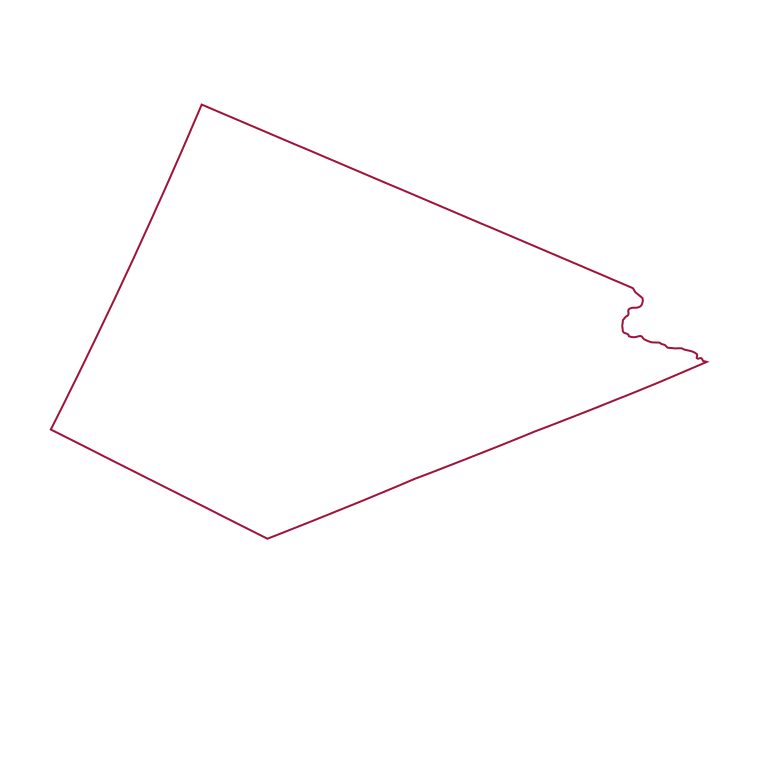 Nevada, Albers equal-area conic projection, rotated 294°
{"feature_id": "USA-3523", "entity_name": "Nevada", "entity_type": "State", "adm_level": 1, "iso_a3": "USA", "parent_name": "United States of America", "parent_adm1": "", "projection": "albers", "projection_center": [-115.554, 38.502], "detail": "fine", "context": "isolated", "style": "outline", "palette": "rose", "viewbox_px": 768, "rotation_deg": 294, "n_neighbors": 0, "source": "natural_earth", "source_scale": "10m", "svg_char_len": 2802}
<svg xmlns="http://www.w3.org/2000/svg" viewBox="0 0 768 768"><g transform="rotate(294 384 384)"><path d="M565.1,103.8L565.3,116.4L565.5,129.0L565.7,141.6L565.9,154.2L566.1,166.9L566.3,179.5L566.5,192.1L566.7,204.7L567.0,217.3L567.2,230.0L567.4,242.6L567.6,255.2L567.8,267.8L568.0,280.5L568.2,293.1L568.4,305.7L568.7,318.3L568.9,331.0L569.1,343.6L569.3,356.2L569.5,368.9L569.7,381.5L569.9,394.1L570.1,406.7L570.4,419.4L570.6,432.0L570.8,444.6L571.0,457.3L571.2,469.9L571.4,482.5L571.6,495.1L571.8,507.8L571.8,508.4L571.9,510.3L571.9,513.3L572.0,517.1L572.0,521.7L572.1,526.7L572.2,532.1L572.3,537.7L572.4,543.3L572.4,548.7L572.5,553.8L572.6,558.3L572.6,562.1L572.7,565.1L572.7,567.0L572.7,567.7L572.8,571.1L572.7,571.9L572.6,572.7L571.3,574.5L570.1,576.2L569.4,578.7L568.6,581.7L567.6,585.2L565.4,586.6L562.2,587.2L560.5,587.1L559.0,586.5L557.7,585.4L556.9,584.4L556.3,583.4L554.8,580.2L554.3,579.4L553.6,578.6L552.9,577.9L552.3,577.5L551.7,577.3L551.3,577.2L550.9,577.3L550.4,577.3L550.0,577.5L549.7,577.6L548.0,578.7L547.6,578.8L547.2,578.9L546.7,578.9L546.2,578.9L545.3,578.6L544.7,578.1L544.1,577.7L543.7,577.5L543.5,577.4L540.0,576.4L539.4,576.3L538.8,576.5L537.8,576.9L534.0,578.0L531.9,579.3L529.8,580.4L529.5,580.6L529.2,580.9L528.8,581.6L528.6,581.9L528.5,582.6L528.5,583.5L528.7,585.4L528.7,586.3L528.4,587.2L527.3,588.3L527.5,590.6L528.1,592.7L529.1,594.6L531.7,597.9L532.1,598.7L532.3,599.6L532.1,600.5L530.9,602.6L530.6,603.8L530.6,608.2L530.8,610.4L531.1,612.1L533.5,617.9L533.9,619.2L533.4,621.0L533.9,624.5L532.5,628.4L533.7,631.6L534.9,635.5L537.0,639.7L537.7,641.6L537.6,643.8L537.8,645.9L538.7,649.7L539.1,652.9L539.1,654.7L538.5,657.9L538.2,658.1L537.4,658.5L536.5,658.7L535.6,658.8L534.9,659.1L534.7,660.2L535.0,660.9L536.3,662.3L536.6,663.5L536.3,664.2L534.8,666.3L535.4,668.9L535.5,669.9L523.1,658.4L510.8,647.0L497.9,635.0L486.0,623.6L475.4,613.5L464.9,603.2L454.4,593.0L443.9,582.8L433.5,572.5L423.1,562.2L412.8,552.0L402.5,541.6L390.7,530.3L379.0,519.0L367.4,507.7L355.8,496.3L344.2,484.9L332.7,473.5L321.2,462.1L309.8,450.6L295.2,437.0L280.7,423.3L266.3,409.6L252.0,395.8L237.7,382.0L223.5,368.2L209.3,354.3L195.2,340.4L195.3,339.3L195.5,334.8L196.2,320.0L196.9,305.2L197.6,290.4L198.4,275.6L199.1,260.8L199.8,246.0L200.5,231.2L201.2,216.4L201.9,201.6L202.6,186.8L203.3,172.0L204.0,157.3L204.8,142.5L205.5,127.7L206.2,112.9L206.9,98.1L218.1,98.7L229.3,99.2L240.5,99.7L251.7,100.1L262.9,100.6L274.2,101.0L285.4,101.4L296.6,101.7L307.8,102.1L319.0,102.4L330.2,102.7L341.4,103.0L352.6,103.3L363.8,103.5L375.0,103.7L386.2,103.9L397.4,104.1L408.6,104.2L419.8,104.3L430.9,104.4L442.1,104.5L453.3,104.5L464.5,104.6L475.6,104.6L486.8,104.6L498.0,104.5L509.2,104.5L520.4,104.4L531.5,104.3L542.7,104.1L553.9,104.0L565.1,103.8Z" fill="none" stroke="#9f1239" stroke-width="2"/></g></svg>